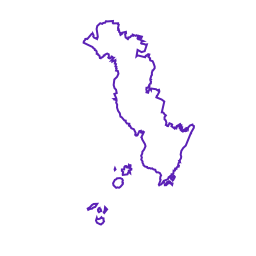 the district of Lampung Selatan, Lampung, Indonesia, rotated 14°
{"feature_id": "22746128B4401734887211", "entity_name": "Lampung Selatan", "entity_type": "district", "adm_level": 2, "iso_a3": "IDN", "parent_name": "Indonesia", "parent_adm1": "Lampung", "projection": "robinson", "projection_center": [105.521, -5.67], "detail": "fine", "context": "isolated", "style": "outline", "palette": "violet", "viewbox_px": 256, "rotation_deg": 14, "n_neighbors": 0, "source": "geoboundaries", "source_scale": "gbopen_adm2", "svg_char_len": 5925}
<svg xmlns="http://www.w3.org/2000/svg" viewBox="0 0 256 256"><g transform="rotate(14 128 128)"><path d="M106.5,98.3L109.5,102.1L110.3,104.0L110.4,106.3L111.8,107.9L112.4,110.8L114.2,113.7L116.5,115.7L117.9,118.8L119.3,119.1L122.6,121.5L124.0,121.4L124.2,122.5L125.9,123.9L128.2,123.6L128.3,125.5L129.0,125.8L129.5,125.4L131.2,127.4L134.0,127.8L136.6,130.9L136.6,132.7L137.3,132.6L137.6,133.4L138.4,133.3L139.0,132.6L139.8,128.3L141.2,127.6L141.7,129.2L142.3,129.3L143.4,127.7L144.4,128.1L143.2,133.9L144.0,134.4L144.5,135.6L148.3,139.5L149.4,141.4L148.8,145.1L147.7,147.5L148.0,149.5L147.5,151.8L148.6,153.3L148.5,155.4L150.2,156.9L150.4,158.1L151.8,159.6L152.0,160.4L153.8,161.3L156.0,161.2L156.2,161.8L157.5,162.1L158.7,161.6L160.1,161.9L161.2,161.3L162.6,162.0L164.6,161.9L165.5,163.4L166.7,164.1L167.9,163.7L169.8,164.0L171.6,166.0L171.2,167.3L171.5,169.8L172.1,170.2L172.1,171.8L171.6,175.5L172.1,176.0L172.8,175.0L173.4,175.1L174.0,174.5L175.5,170.6L178.7,168.4L179.2,167.7L179.3,166.4L179.8,166.2L179.6,165.7L180.6,165.1L180.5,164.5L181.8,162.9L181.6,162.3L182.4,162.2L183.1,161.4L182.7,159.6L183.0,158.6L183.7,158.7L183.0,158.2L183.8,157.9L184.0,156.7L183.5,156.4L183.6,155.9L184.9,155.8L184.8,154.7L185.4,153.5L186.5,153.3L186.5,152.6L186.0,152.8L185.6,151.9L185.6,149.9L185.9,148.5L186.5,148.5L186.0,147.9L186.4,147.9L186.0,147.0L186.7,144.5L186.6,143.0L185.5,141.0L185.3,137.3L186.4,134.0L188.3,131.1L190.1,118.5L190.5,118.1L190.2,117.6L191.8,111.9L191.5,110.2L190.1,109.8L189.7,109.1L187.6,110.5L186.2,113.0L186.4,114.7L185.4,113.9L184.9,113.9L185.5,116.7L185.1,116.8L184.1,115.8L184.1,117.2L183.1,117.2L182.1,118.2L181.6,118.0L182.3,117.1L182.3,116.5L180.8,117.8L179.6,117.1L180.5,115.2L180.4,114.6L179.2,115.7L178.6,115.7L179.1,114.4L179.1,112.4L178.6,112.4L178.5,113.7L178.2,113.9L178.0,112.2L177.6,111.6L177.2,111.9L177.3,113.0L176.3,114.4L175.8,114.2L176.2,113.1L175.0,114.1L175.0,116.6L174.3,116.4L173.7,117.1L173.3,116.4L173.0,117.1L169.7,115.7L170.1,114.1L169.5,113.7L167.1,113.4L166.4,116.5L165.6,116.6L165.1,115.9L164.0,115.9L164.0,113.6L162.7,111.4L161.4,110.8L160.8,108.7L161.7,106.6L160.1,105.9L159.0,104.8L157.9,104.4L157.0,104.6L156.8,93.5L153.7,92.2L148.1,91.4L148.2,89.9L148.5,89.8L149.6,85.3L148.7,84.7L149.2,84.1L148.8,83.4L147.4,84.3L145.9,83.6L140.9,84.1L141.1,85.4L140.3,84.6L139.1,86.3L139.0,88.9L137.3,88.9L137.3,87.5L136.5,86.4L136.2,84.5L138.5,83.9L138.7,82.7L138.1,82.5L138.5,81.7L138.1,81.3L139.0,79.0L139.3,79.0L139.1,77.3L138.3,76.7L138.1,76.0L138.5,75.4L137.8,75.1L138.0,71.4L138.4,70.7L137.8,68.8L137.9,66.2L138.4,66.0L139.4,63.5L139.0,61.9L137.0,58.8L135.7,57.2L133.2,57.0L132.6,56.0L132.6,55.0L130.8,54.2L130.9,51.5L129.7,51.5L128.5,53.0L128.6,53.5L127.7,53.7L127.5,55.2L119.8,55.2L118.9,56.4L118.4,49.9L122.8,51.1L125.6,49.4L126.1,42.3L124.5,42.9L123.4,42.6L120.9,42.9L120.3,42.7L120.3,40.7L121.9,40.0L117.9,39.3L116.4,39.4L115.6,38.9L115.6,37.3L119.2,37.4L119.4,36.0L116.6,36.0L116.4,36.4L115.3,35.9L114.6,36.3L113.8,36.0L113.1,36.7L110.2,36.3L110.5,37.3L109.0,37.6L108.2,39.3L106.5,40.0L106.8,40.8L106.4,41.8L103.8,40.7L102.5,37.7L103.2,36.6L102.7,35.2L99.4,36.9L99.6,37.9L98.2,39.5L97.6,38.6L97.4,37.4L96.1,36.9L95.8,35.6L94.7,35.3L95.0,34.4L94.5,34.3L94.1,33.4L94.0,29.9L93.1,29.6L93.0,28.8L88.3,30.1L87.8,29.7L87.5,27.8L82.2,29.6L80.8,29.7L80.4,31.3L78.5,32.1L77.8,33.2L75.7,33.1L73.5,36.5L73.6,39.5L76.6,46.7L76.6,47.8L76.0,48.0L76.3,49.1L73.2,48.5L72.1,47.6L72.2,46.4L71.0,45.0L71.0,45.4L70.0,45.4L67.0,51.5L65.9,51.5L65.2,51.9L65.4,52.2L64.2,54.6L64.3,56.0L74.0,58.0L75.1,58.9L76.5,59.3L77.0,60.4L78.4,60.6L79.2,61.6L79.7,63.6L80.7,63.4L81.5,64.4L82.7,64.6L83.8,66.9L84.7,66.9L85.0,66.1L86.0,65.6L87.0,64.2L86.9,63.5L87.8,63.2L88.0,62.3L89.8,60.8L91.5,61.2L92.2,63.5L91.8,64.4L92.3,64.8L93.7,64.9L94.5,63.8L94.7,62.6L95.6,62.7L96.2,63.6L97.1,63.4L95.8,66.1L96.6,65.6L96.8,67.3L99.1,65.4L99.1,66.0L99.6,66.0L99.6,68.7L100.9,68.9L100.9,71.3L102.0,71.5L102.0,73.0L102.6,73.2L102.5,75.2L104.4,75.2L105.6,77.7L105.0,81.0L103.0,84.2L103.7,89.8L105.3,92.6L107.1,93.7L108.6,96.8L106.5,98.3ZM134.7,178.9L132.6,178.5L129.5,179.5L129.1,180.5L127.8,181.5L126.9,185.2L127.8,187.1L131.0,188.9L132.0,188.2L133.8,188.1L134.8,187.0L136.5,183.8L136.4,182.4L136.1,182.2L136.2,183.2L135.6,181.6L135.7,180.1L134.7,178.9ZM138.4,164.0L137.8,163.6L137.7,165.5L137.1,165.8L136.8,166.5L136.1,166.5L135.5,165.4L134.5,165.6L133.9,166.7L134.3,169.1L132.1,169.7L132.4,171.1L134.0,171.9L134.0,174.1L134.3,174.8L138.7,173.1L139.0,170.8L139.7,169.6L139.2,169.1L141.3,167.6L141.1,166.7L138.7,166.4L138.8,165.5L139.6,165.0L139.7,164.1L139.4,163.5L138.4,164.0ZM124.5,221.7L123.8,221.0L122.6,222.9L121.0,223.7L120.0,223.6L119.5,222.8L119.3,225.5L120.8,227.4L124.5,228.2L125.3,228.0L125.5,227.3L126.4,226.7L127.3,224.3L126.6,223.5L126.1,221.6L124.5,221.7ZM109.2,217.0L110.6,215.8L112.7,214.9L113.3,213.8L115.3,212.5L116.5,209.0L113.1,210.0L111.7,211.4L110.2,214.2L108.4,215.9L109.2,217.0ZM120.2,216.7L120.9,215.7L122.1,215.1L121.1,213.4L120.2,213.3L119.8,212.4L119.0,213.0L118.6,214.6L119.3,216.1L120.2,216.7ZM184.3,164.4L184.3,163.6L184.0,163.5L182.2,165.6L181.9,166.5L182.5,167.4L183.5,167.3L184.1,168.1L184.4,167.7L184.1,167.2L184.9,166.2L185.3,164.1L184.8,163.7L184.3,164.4ZM124.9,210.4L125.3,213.8L124.9,215.8L125.5,216.2L127.4,212.0L124.9,210.4ZM181.0,171.0L180.4,170.1L180.1,170.6L179.0,171.0L178.1,173.5L177.4,174.0L177.6,174.6L179.0,174.2L180.0,172.1L180.9,171.9L181.0,171.0ZM184.6,171.0L182.9,170.9L182.3,171.2L184.6,172.5L184.6,171.0ZM125.4,172.0L125.9,171.2L125.1,170.2L125.0,171.3L125.4,172.0ZM181.6,170.9L181.8,170.0L181.1,169.8L181.1,170.7L181.6,170.9ZM141.0,171.2L140.7,170.4L140.4,170.1L140.4,170.9L141.0,171.2ZM176.0,172.4L176.1,172.0L175.7,171.5L175.5,172.0L176.0,172.4ZM108.9,103.2L108.4,102.9L108.1,103.0L108.9,103.2ZM109.1,103.7L109.4,103.4L108.8,103.6L109.1,103.7ZM108.0,103.3L107.6,103.2L107.4,103.3L107.7,103.6L108.0,103.3Z" fill="none" stroke="#5b21b6" stroke-width="2"/></g></svg>